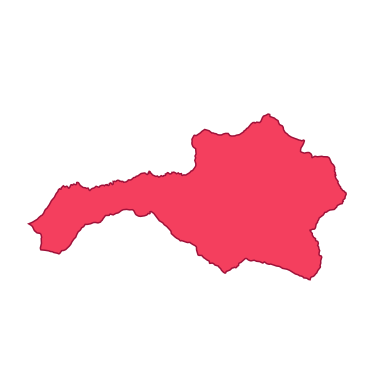 Uramita, Antioquia, Colombia (Albers equal-area conic projection), rotated 195°
{"feature_id": "7082276B6364248933950", "entity_name": "Uramita", "entity_type": "district", "adm_level": 2, "iso_a3": "COL", "parent_name": "Colombia", "parent_adm1": "Antioquia", "projection": "albers", "projection_center": [-76.11, 6.912], "detail": "fine", "context": "isolated", "style": "filled", "palette": "rose", "viewbox_px": 384, "rotation_deg": 195, "n_neighbors": 0, "source": "geoboundaries", "source_scale": "gbopen_adm2", "svg_char_len": 6026}
<svg xmlns="http://www.w3.org/2000/svg" viewBox="0 0 384 384"><g transform="rotate(195 192 192)"><path d="M341.5,119.0L339.0,118.3L337.2,117.4L334.4,114.1L333.8,113.6L333.0,113.5L332.0,112.7L331.0,112.4L328.2,112.7L327.5,112.4L326.8,111.9L325.5,109.3L325.6,108.0L324.1,103.4L324.0,98.7L323.5,97.6L323.0,97.0L319.6,97.6L315.3,98.1L313.1,97.9L311.3,98.2L310.0,97.8L306.4,98.0L304.5,97.8L303.8,98.6L302.7,101.6L300.9,102.3L299.1,103.7L296.5,108.0L295.6,110.1L295.1,112.7L293.9,116.0L292.6,118.2L292.3,121.1L291.7,123.9L290.0,126.4L289.3,128.9L287.7,130.5L286.8,133.1L284.8,133.6L281.7,135.1L279.3,137.0L277.5,137.6L274.8,137.8L272.8,139.1L272.4,139.7L272.3,140.3L271.5,141.4L270.9,143.4L269.5,146.9L266.0,148.0L265.7,149.0L265.3,149.5L262.2,149.5L259.9,151.7L258.3,152.5L257.5,153.1L255.4,155.8L253.9,157.1L250.7,158.3L247.7,158.6L245.0,159.5L244.2,159.3L243.2,158.7L240.9,156.1L240.0,155.5L237.5,154.9L235.5,155.1L231.8,156.7L230.0,157.9L229.3,158.7L228.9,159.9L227.5,160.0L227.1,160.3L227.0,160.8L227.5,161.9L226.5,162.6L223.4,161.5L216.1,155.8L212.3,154.7L210.3,153.2L207.5,152.2L202.5,149.0L201.9,148.2L201.2,146.5L196.8,144.2L194.8,143.4L192.4,142.9L190.8,141.9L190.1,141.9L189.4,142.4L183.4,142.0L180.9,142.8L180.0,142.3L177.8,141.6L174.9,140.9L173.8,140.3L173.4,139.8L172.6,137.2L169.9,132.8L168.9,132.6L166.1,133.3L165.3,132.6L164.7,132.4L163.9,131.6L163.1,131.5L159.9,130.2L157.8,129.8L157.3,129.4L156.7,127.9L156.3,127.7L154.0,128.6L152.6,128.4L150.9,127.4L147.5,127.3L146.3,126.3L144.5,125.4L143.3,124.1L140.8,122.6L139.2,122.2L138.6,122.5L138.3,124.1L135.1,126.5L133.6,128.9L132.4,129.5L131.6,130.2L130.0,130.2L129.4,130.9L129.2,131.9L128.3,132.7L128.0,133.3L128.3,134.6L128.2,135.3L126.5,136.7L123.4,141.4L122.6,141.8L121.8,141.8L120.1,141.0L118.1,140.7L117.1,140.8L114.3,142.2L111.7,141.8L108.4,142.3L105.6,141.7L105.1,141.8L104.1,143.1L103.7,143.2L101.4,142.2L99.7,142.1L98.6,142.2L97.3,142.8L91.2,142.4L88.7,142.7L87.6,142.6L84.8,141.7L80.3,142.0L77.4,141.6L71.0,139.6L67.9,139.5L66.4,138.9L64.7,139.1L63.1,138.9L61.9,138.0L59.0,138.4L57.7,138.2L57.1,137.7L55.2,137.8L55.2,140.0L54.6,140.9L53.1,141.8L52.2,142.9L51.3,145.1L50.6,146.1L50.2,148.6L48.6,152.5L48.7,153.2L49.3,154.2L49.2,156.6L49.9,158.9L49.8,162.7L50.8,163.7L51.9,163.6L52.7,164.0L53.2,164.6L53.5,166.5L53.5,168.4L54.7,169.9L55.5,171.8L56.8,172.9L56.6,174.8L57.4,176.4L58.3,176.9L59.7,177.0L60.3,177.7L60.7,179.0L62.8,179.7L64.7,181.6L65.1,183.1L68.0,185.2L68.1,185.8L66.9,186.2L66.3,187.1L64.4,187.7L63.8,188.4L63.5,189.6L63.8,193.1L62.9,195.2L63.1,196.2L62.5,198.1L62.4,199.8L59.2,203.9L58.5,206.6L56.7,207.5L56.2,208.4L54.3,210.2L50.2,211.9L49.3,213.2L49.0,214.1L48.5,214.5L48.1,216.6L45.9,218.6L43.9,219.7L43.8,220.2L44.0,221.3L43.5,221.9L44.0,222.4L43.9,223.4L42.6,225.4L42.9,227.2L42.5,229.6L42.8,230.5L43.4,231.3L44.0,231.2L45.5,232.3L47.0,232.5L48.2,233.6L49.3,234.0L49.7,235.2L51.0,236.1L53.3,238.4L53.6,239.1L53.6,240.0L56.7,242.5L57.2,243.5L57.7,244.1L57.8,244.5L57.3,245.3L57.6,245.8L58.3,245.8L58.3,247.4L59.9,249.1L59.8,250.5L60.4,251.2L60.4,252.3L60.8,253.1L62.2,254.6L64.8,256.1L67.7,259.8L68.7,260.7L70.3,261.0L74.2,260.1L75.9,260.1L79.9,258.5L82.4,258.4L84.8,256.3L85.1,256.5L85.8,258.4L87.1,259.7L88.9,260.4L89.9,260.3L91.5,259.7L93.5,258.6L96.7,258.8L97.7,259.3L98.1,261.4L98.1,263.0L97.3,265.4L96.8,268.0L96.7,270.5L97.1,270.9L97.7,271.0L99.3,269.8L100.5,270.0L102.1,269.9L110.1,270.7L113.3,271.6L115.0,272.7L117.4,273.6L119.6,275.7L120.7,278.1L121.8,279.2L124.9,279.8L126.0,281.0L127.4,283.2L130.2,284.0L131.4,284.7L136.2,285.1L137.0,287.0L138.7,287.0L140.4,285.3L142.6,283.8L143.2,282.1L143.7,278.3L144.6,276.6L147.6,276.2L148.7,275.1L149.3,275.0L149.7,275.3L151.0,274.9L152.4,273.2L154.5,268.5L155.7,267.4L156.1,266.1L157.7,264.2L157.6,263.6L161.0,259.7L163.9,258.3L165.1,257.3L168.2,256.3L170.1,256.3L172.2,257.9L174.7,257.3L176.7,256.2L178.3,254.7L180.6,254.1L181.9,254.0L183.8,254.5L185.7,254.3L186.6,254.5L188.3,254.2L191.3,255.6L195.9,255.7L198.3,252.9L199.1,251.4L202.2,247.9L202.7,247.5L204.1,247.5L204.7,247.1L205.7,242.9L205.0,241.0L204.8,239.4L204.4,238.2L203.0,236.3L201.8,235.5L199.7,234.8L197.9,229.8L198.4,227.5L197.3,225.9L197.5,223.3L195.6,220.3L195.2,218.7L195.2,217.7L195.9,215.6L197.0,212.9L198.3,212.0L199.2,210.1L202.4,206.8L204.6,206.3L205.4,205.6L205.9,205.5L206.3,205.7L207.0,207.0L208.9,206.2L210.2,206.9L211.6,205.6L212.1,205.7L212.6,206.1L214.7,206.5L215.5,205.9L216.4,205.8L216.5,204.6L217.8,203.7L218.6,203.7L219.9,204.4L220.8,204.3L221.1,203.2L222.3,202.5L221.9,201.6L222.0,201.2L223.7,200.4L223.9,199.7L224.2,199.5L226.0,199.8L227.2,198.2L228.3,197.8L229.5,198.5L231.0,197.7L234.1,198.2L235.0,198.5L236.1,199.5L237.0,199.6L237.8,200.8L238.7,200.9L239.0,199.8L238.7,199.4L239.1,199.0L238.8,198.6L239.3,198.2L239.6,197.4L240.5,197.3L241.6,198.0L242.8,198.1L245.9,196.7L248.5,193.5L250.0,192.7L250.4,191.6L252.1,190.8L253.6,188.5L254.4,187.7L256.6,187.2L257.0,186.1L258.4,184.6L260.5,183.7L261.5,184.3L262.4,184.2L262.8,183.8L263.8,184.0L264.5,183.7L265.6,184.3L266.9,184.1L267.7,183.4L268.0,182.7L268.3,182.4L269.8,182.3L270.2,181.8L270.9,181.8L270.3,179.9L270.3,179.0L270.7,178.6L271.3,178.8L272.8,179.8L274.0,178.8L273.8,177.3L274.4,176.6L275.6,176.6L275.5,177.0L275.8,177.2L277.1,176.7L277.6,176.1L278.0,175.9L278.3,175.3L279.2,175.6L280.9,175.1L282.5,173.9L282.7,172.9L283.2,172.5L286.1,172.7L287.2,171.1L288.1,170.2L289.2,169.7L290.1,168.6L291.0,167.0L291.7,167.2L293.4,168.9L294.8,168.2L296.2,168.5L297.9,168.2L299.0,168.3L299.8,168.8L301.5,169.3L304.1,171.6L304.9,171.7L305.8,171.3L305.6,169.9L305.9,169.1L306.5,168.9L308.2,169.1L308.7,168.6L309.0,167.9L309.5,167.7L310.4,167.8L310.9,167.4L311.3,164.9L311.9,163.8L312.3,163.8L313.5,164.8L314.4,165.2L316.1,164.0L317.9,164.7L319.4,162.0L319.2,161.1L319.4,160.8L320.1,160.6L320.8,160.8L321.6,159.5L321.7,157.8L322.8,155.3L323.6,151.2L325.5,147.3L326.5,142.9L327.9,138.8L329.0,137.3L329.4,135.9L329.8,133.2L330.7,130.9L331.7,130.0L333.3,127.7L334.3,125.7L338.4,121.4L341.5,119.0Z" fill="#f43f5e" stroke="#9f1239" stroke-width="1.5"/></g></svg>